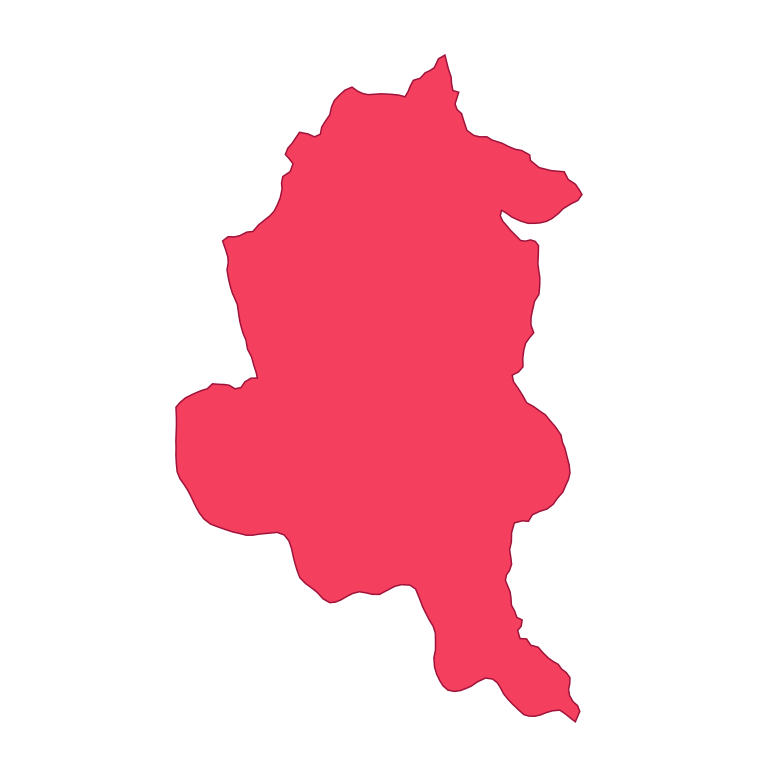 Ibiraci, Minas Gerais, Brazil, rotated 182°
{"feature_id": "56859067B62702129343904", "entity_name": "Ibiraci", "entity_type": "district", "adm_level": 2, "iso_a3": "BRA", "parent_name": "Brazil", "parent_adm1": "Minas Gerais", "projection": "natural_earth1", "projection_center": [-47.123, -20.39], "detail": "fine", "context": "isolated", "style": "filled", "palette": "rose", "viewbox_px": 768, "rotation_deg": 182, "n_neighbors": 0, "source": "geoboundaries", "source_scale": "gbopen_adm2", "svg_char_len": 3761}
<svg xmlns="http://www.w3.org/2000/svg" viewBox="0 0 768 768"><g transform="rotate(182 384 384)"><path d="M447.6,651.1L451.9,644.4L455.2,638.6L456.4,631.3L462.1,628.6L468.8,631.3L477.2,632.6L481.1,626.4L484.2,621.3L488.3,616.4L490.6,610.0L486.5,605.7L482.6,600.9L485.2,593.0L492.4,587.8L493.4,581.2L492.7,575.2L494.2,566.5L496.7,559.7L499.8,552.9L503.7,548.3L508.6,544.1L514.9,538.6L520.3,531.9L526.4,531.0L533.1,527.3L538.5,525.8L544.9,525.8L550.3,521.3L547.0,512.8L544.6,505.8L543.9,500.1L544.9,492.4L542.9,483.0L540.8,475.5L538.7,469.4L536.1,464.2L533.3,458.1L531.7,449.1L530.3,441.7L528.6,435.7L526.7,429.9L523.5,423.1L521.6,414.0L517.3,406.4L514.9,398.6L512.1,390.9L510.8,385.5L517.2,385.2L523.2,381.2L526.7,375.5L532.7,374.0L538.5,377.3L543.1,377.9L547.9,377.9L555.4,378.2L560.6,373.0L566.7,370.9L573.4,367.8L581.8,363.3L587.2,358.5L591.1,353.5L590.3,343.2L590.0,335.6L590.0,328.3L590.0,319.3L589.6,313.1L589.5,305.9L588.8,297.6L587.7,289.2L584.6,282.2L580.1,276.3L576.4,270.9L572.9,264.8L570.0,259.1L567.0,253.6L563.9,248.5L559.1,242.7L552.2,237.8L544.7,235.3L537.3,233.0L529.6,230.8L522.6,229.5L516.5,228.1L510.1,228.3L503.6,229.6L494.4,230.8L485.5,232.0L478.4,229.6L473.5,223.8L470.7,216.5L468.4,207.4L466.1,199.8L464.3,194.6L461.4,187.6L455.5,181.9L448.4,177.1L443.0,173.0L437.5,167.2L430.6,163.6L425.0,164.3L419.6,166.7L413.2,170.7L407.9,173.6L401.4,175.5L394.3,174.6L388.4,173.4L381.0,173.6L375.8,176.7L371.4,179.2L366.1,182.2L359.6,184.1L351.1,183.9L345.3,180.3L341.2,171.3L337.6,162.7L334.5,156.9L330.4,149.6L326.4,143.6L324.0,136.9L323.5,127.7L323.3,119.9L324.6,112.0L323.6,102.8L321.2,95.8L317.9,89.5L314.5,84.4L309.4,80.3L303.0,79.2L296.9,80.3L291.4,82.6L286.4,85.0L280.2,89.6L272.2,93.7L265.1,92.9L260.2,89.2L257.1,84.6L253.7,78.6L249.7,73.9L244.7,68.9L237.8,62.7L232.5,58.4L227.6,57.2L221.8,57.2L215.9,58.8L210.2,61.3L204.1,63.3L196.9,64.2L190.5,60.1L185.3,56.1L181.0,53.1L176.9,63.6L179.4,69.4L184.0,73.1L187.6,78.9L188.9,85.3L187.9,90.8L187.9,97.0L191.8,102.0L196.6,105.3L200.0,109.8L205.1,112.5L209.9,115.6L215.6,120.8L220.7,126.3L228.2,128.1L232.6,134.2L239.2,134.4L241.8,142.4L238.5,146.6L237.7,153.0L243.1,155.4L245.5,161.6L248.9,167.4L249.7,174.9L250.7,180.6L253.2,186.2L255.8,191.9L255.0,197.3L252.0,202.2L250.2,208.3L251.2,215.0L252.7,222.7L251.2,230.5L251.3,239.8L248.9,249.7L241.0,252.1L234.9,251.8L231.2,258.4L224.1,262.1L216.6,264.8L210.7,269.7L206.9,275.7L201.5,282.2L198.6,289.7L196.4,294.9L195.0,301.5L196.1,309.5L198.6,318.0L201.0,326.3L203.6,331.9L205.4,339.3L211.5,347.5L216.9,353.3L221.5,358.7L227.4,362.4L233.3,366.4L240.8,370.3L244.6,376.7L249.7,384.3L254.6,390.7L256.2,397.3L250.0,400.7L245.7,406.1L246.2,414.7L245.4,423.1L243.8,429.9L240.2,435.3L236.2,440.4L239.2,448.1L239.4,455.4L238.4,461.5L236.4,472.0L232.3,479.0L231.8,487.9L232.0,495.8L233.3,502.8L234.4,509.4L234.3,518.9L234.4,527.7L238.0,531.9L242.6,533.1L247.7,531.7L252.5,532.2L258.0,537.4L263.1,542.2L266.9,546.5L271.0,550.8L273.7,556.2L272.6,561.7L268.0,559.3L262.1,555.3L253.4,551.7L245.6,549.6L239.5,549.8L233.5,550.5L227.1,552.3L221.7,555.4L215.3,560.8L211.3,565.3L203.9,570.3L196.7,574.2L192.8,580.3L195.7,584.9L199.6,590.3L207.0,594.8L211.3,602.4L224.6,603.1L236.6,605.7L245.4,612.5L246.4,618.0L254.6,622.2L260.8,623.1L267.7,625.6L274.1,628.6L284.5,631.6L289.7,634.6L297.3,634.4L303.0,635.6L310.0,640.4L313.3,649.3L315.9,656.9L320.5,660.8L322.8,666.3L319.5,678.2L325.4,679.7L327.1,687.3L327.6,693.0L330.7,701.3L334.6,714.9L340.9,710.9L344.8,701.9L349.1,698.8L353.8,696.4L358.4,690.9L365.3,688.5L368.1,682.7L370.1,677.2L373.0,671.8L379.6,673.3L387.8,673.8L397.2,673.9L404.0,673.2L410.1,672.6L415.5,673.6L420.9,675.9L426.3,679.6L433.0,676.5L438.6,671.2L443.5,665.6L446.0,659.4L447.6,651.1Z" fill="#f43f5e" stroke="#9f1239" stroke-width="1.5"/></g></svg>